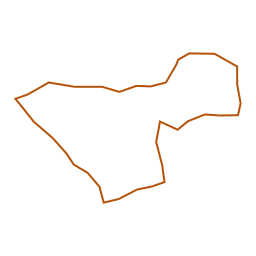 the district of Guéni, Logone Occidental, Chad
{"feature_id": "50815135B88319439398100", "entity_name": "Guéni", "entity_type": "district", "adm_level": 2, "iso_a3": "TCD", "parent_name": "Chad", "parent_adm1": "Logone Occidental", "projection": "mercator", "projection_center": [15.87, 8.955], "detail": "fine", "context": "isolated", "style": "outline", "palette": "amber", "viewbox_px": 256, "rotation_deg": 0, "n_neighbors": 0, "source": "geoboundaries", "source_scale": "gbopen_adm2", "svg_char_len": 556}
<svg xmlns="http://www.w3.org/2000/svg" viewBox="0 0 256 256"><path d="M238.0,115.2L240.6,103.4L237.2,84.5L237.1,66.5L214.6,53.8L189.2,53.4L178.7,59.4L178.2,59.7L176.3,64.7L165.9,82.5L150.7,86.4L136.3,85.9L119.4,91.9L102.1,86.8L74.6,86.8L48.8,82.5L27.6,94.5L15.4,98.8L23.0,108.1L33.7,121.6L52.7,138.1L66.4,153.4L73.8,164.6L87.7,172.9L99.4,186.7L103.7,202.6L118.5,199.1L136.9,189.6L151.8,186.5L164.5,182.1L162.2,165.3L156.2,142.0L160.0,121.6L177.6,129.7L188.0,121.2L204.7,114.5L220.2,115.5L238.0,115.2Z" fill="none" stroke="#b45309" stroke-width="2"/></svg>